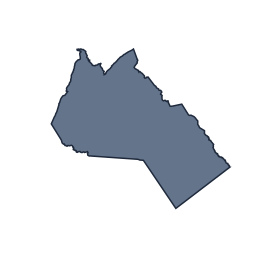 the district of Kitui East, Eastern, Kenya, rotated 56°
{"feature_id": "3690345B42600282373755", "entity_name": "Kitui East", "entity_type": "district", "adm_level": 2, "iso_a3": "KEN", "parent_name": "Kenya", "parent_adm1": "Eastern", "projection": "albers", "projection_center": [38.352, -1.41], "detail": "fine", "context": "isolated", "style": "filled", "palette": "slate", "viewbox_px": 256, "rotation_deg": 56, "n_neighbors": 0, "source": "geoboundaries", "source_scale": "gbopen_adm2", "svg_char_len": 5639}
<svg xmlns="http://www.w3.org/2000/svg" viewBox="0 0 256 256"><g transform="rotate(56 128 128)"><path d="M217.4,65.5L217.2,65.7L216.7,65.4L216.3,65.5L216.0,65.1L215.2,65.4L215.0,65.2L214.7,65.4L214.3,65.5L214.0,65.5L213.7,65.2L213.2,65.1L212.6,65.6L212.4,65.9L211.8,66.1L211.5,66.2L210.7,65.8L210.4,65.9L210.0,65.8L209.9,65.8L209.4,65.4L209.2,65.4L209.0,65.8L208.7,65.6L208.5,65.9L207.9,66.0L207.6,65.9L207.3,66.0L207.0,66.0L206.9,66.2L206.7,66.3L206.0,66.2L205.6,66.5L205.6,66.3L205.4,66.2L205.1,66.5L204.9,66.8L204.4,66.8L204.3,67.2L204.1,67.2L203.6,67.9L203.4,68.0L203.2,67.9L202.9,68.1L202.9,68.4L202.4,68.7L202.2,68.3L201.7,68.4L201.4,68.7L201.0,68.6L200.5,68.6L199.9,68.2L199.6,68.2L199.2,68.2L199.1,68.3L199.2,68.5L199.1,68.8L198.9,68.8L198.7,69.0L198.1,69.0L197.5,68.9L196.8,69.3L196.3,69.2L195.9,68.8L195.4,69.0L195.1,68.8L194.4,68.8L194.3,68.7L194.0,68.8L193.5,68.7L193.1,68.8L192.3,68.4L191.8,68.5L191.2,67.6L190.1,67.1L189.5,66.2L189.0,66.2L188.3,66.4L187.2,66.4L186.4,66.6L185.8,66.5L185.5,66.6L185.2,66.5L184.4,66.5L184.0,67.0L183.7,67.1L183.5,67.4L182.9,67.6L182.6,67.4L182.7,67.0L182.0,66.7L180.9,66.8L180.8,66.3L180.6,66.3L179.8,66.5L179.5,66.8L179.0,66.7L177.8,67.4L177.2,67.5L176.9,67.7L176.5,67.6L175.7,67.7L175.1,67.7L174.7,67.4L174.3,66.9L174.0,66.8L173.3,66.2L173.0,66.1L167.7,68.5L165.4,68.1L164.1,68.2L161.3,66.3L160.9,66.2L159.3,66.5L157.6,66.5L155.9,66.8L154.9,67.2L154.4,67.6L152.6,68.6L152.1,69.7L151.6,70.2L151.0,70.5L138.3,70.1L134.4,79.7L134.1,79.9L133.9,80.4L133.4,80.9L133.1,81.0L132.2,80.7L131.9,80.7L131.1,80.5L130.7,80.6L130.2,80.4L129.9,80.4L129.4,80.2L129.0,80.0L128.6,80.0L128.0,79.6L127.8,79.7L127.6,80.3L127.9,80.9L127.2,81.2L126.9,81.5L126.1,81.5L125.6,82.1L125.5,82.4L125.5,82.9L125.3,83.4L124.6,83.8L124.2,83.8L123.8,83.7L123.1,83.7L122.0,82.9L121.1,82.6L121.0,82.3L120.6,82.1L120.3,81.6L119.5,81.6L119.1,81.7L118.4,82.2L117.9,81.8L117.6,81.2L117.3,80.1L116.4,79.7L116.0,79.8L115.0,79.9L114.2,81.1L113.5,81.1L112.8,80.8L111.0,81.7L110.3,81.8L109.2,81.6L108.6,81.7L108.0,82.1L107.1,82.3L96.9,82.9L96.6,84.0L96.3,84.2L96.6,85.3L96.3,85.6L96.2,86.1L95.4,86.2L95.1,86.2L94.8,85.8L94.5,85.6L94.3,85.3L93.3,85.3L92.6,85.5L92.0,85.5L90.8,85.7L90.3,85.8L89.5,86.3L89.0,86.3L87.8,86.6L87.4,87.1L87.3,87.3L87.6,87.7L87.4,87.7L86.7,87.5L86.3,87.5L86.0,87.2L85.3,87.7L83.6,88.4L83.3,88.8L81.5,89.1L81.1,89.0L81.0,88.5L80.4,87.9L80.3,87.1L80.0,86.6L79.8,85.7L79.5,85.3L79.5,84.9L79.4,84.3L79.0,83.8L78.3,83.6L77.5,82.2L77.1,82.0L76.9,82.0L76.4,81.8L76.2,81.8L76.1,82.0L75.6,81.8L65.6,79.3L65.6,81.4L65.0,85.7L65.1,86.8L64.9,87.4L65.1,88.8L64.8,90.2L65.0,91.1L64.9,91.4L65.2,92.3L65.0,93.7L65.0,95.1L65.4,96.5L65.6,98.1L66.1,99.1L66.1,99.7L66.5,101.0L66.5,101.6L66.8,102.8L66.6,103.3L67.1,104.7L67.4,106.9L67.9,107.0L68.1,107.2L68.3,108.5L68.6,109.0L68.8,110.0L69.0,112.7L69.3,114.1L69.5,114.5L69.7,114.8L69.9,115.5L70.5,115.9L70.4,116.3L70.6,116.6L70.6,117.2L70.4,117.5L70.4,117.9L69.7,117.5L68.8,117.5L68.0,116.7L67.7,116.1L67.0,116.4L65.8,116.6L65.6,116.6L65.2,116.3L64.0,116.0L63.3,116.3L63.0,116.3L61.3,116.3L60.6,116.1L60.3,115.7L59.8,115.3L59.6,114.5L59.2,114.5L58.9,115.8L58.6,116.5L58.3,116.8L58.6,117.3L58.6,118.1L58.2,119.1L58.0,119.7L57.8,119.9L58.0,120.5L57.9,120.7L57.5,121.0L57.3,121.3L57.1,121.4L56.7,121.8L56.6,122.0L56.2,122.5L55.7,122.3L54.5,122.3L54.2,122.2L53.0,122.6L52.1,122.7L51.5,122.6L51.3,123.0L50.7,123.0L50.9,122.7L50.4,122.6L50.2,122.5L50.2,122.3L49.9,122.6L49.7,122.3L49.1,122.8L48.8,122.7L48.0,122.1L47.4,122.5L46.6,122.7L46.3,122.7L45.2,121.4L44.1,121.4L43.7,121.2L43.2,121.1L42.6,121.3L42.4,121.2L41.7,120.9L41.2,120.3L40.8,120.2L37.8,121.3L37.5,121.9L37.1,122.3L36.3,122.7L36.0,123.1L36.1,123.7L36.0,123.9L35.3,124.4L34.6,125.3L34.6,125.7L35.2,126.1L35.1,126.3L34.7,126.5L34.9,126.6L35.0,126.6L35.4,126.5L36.4,125.4L37.3,124.9L38.1,124.2L38.6,124.5L38.7,125.6L39.3,126.4L40.8,127.2L42.1,127.7L43.9,128.8L44.1,129.2L44.1,130.3L43.7,131.1L43.6,131.8L43.9,132.4L43.9,133.4L44.5,135.1L45.1,136.1L46.3,137.1L46.8,137.8L47.9,138.8L48.4,139.1L49.2,140.5L49.8,140.8L50.3,141.9L51.1,142.6L51.2,143.3L51.8,144.0L52.2,144.9L52.7,145.6L54.6,146.9L55.2,147.7L55.6,148.0L55.8,148.4L56.5,148.9L57.1,149.3L58.1,151.6L59.1,152.5L59.2,153.1L59.4,153.5L59.7,154.7L60.5,156.5L61.1,157.1L62.4,157.6L62.7,158.5L62.9,158.6L63.5,158.4L64.1,157.8L64.6,159.0L64.9,160.2L65.4,161.3L65.5,162.3L65.0,163.8L65.0,164.2L65.3,165.0L65.5,165.7L66.0,166.9L66.9,168.3L67.2,168.6L68.7,170.5L69.2,171.7L70.2,172.4L74.7,177.9L75.9,180.1L76.7,181.0L77.3,182.0L77.6,182.8L81.7,189.3L100.7,190.0L103.4,190.9L103.8,190.8L104.0,190.9L105.3,190.5L105.6,190.3L105.6,189.9L106.2,189.7L106.4,189.9L106.7,190.0L107.3,190.0L107.6,189.6L109.0,188.7L109.0,188.3L108.8,188.0L109.0,187.4L109.5,187.0L109.7,186.9L110.0,186.3L110.2,186.2L110.4,185.1L110.7,184.5L111.6,184.1L112.1,184.1L112.3,184.2L112.8,184.0L113.1,184.0L113.4,184.4L113.6,184.2L114.0,184.1L114.9,184.6L115.0,184.8L114.9,185.2L115.2,185.4L115.5,185.4L115.6,185.2L116.4,184.6L116.8,184.6L117.0,184.2L117.3,184.2L117.5,184.1L117.4,183.9L117.7,183.8L118.0,183.6L118.5,183.8L118.8,184.2L119.2,184.2L119.4,183.8L119.8,183.5L119.7,183.3L119.9,183.0L119.8,182.5L120.4,181.6L120.4,181.2L120.5,181.0L120.8,180.8L121.2,180.9L121.8,180.7L122.2,180.2L122.6,180.0L122.7,179.8L122.7,179.4L122.9,178.7L122.8,178.4L123.4,177.8L124.1,177.6L124.2,177.1L124.4,176.6L124.7,175.8L124.9,174.8L125.0,174.8L125.4,174.9L125.7,174.9L126.2,175.0L126.3,175.2L126.3,175.5L126.7,176.0L127.5,176.2L127.9,176.5L128.1,176.5L128.9,176.2L129.6,175.7L130.0,175.0L159.4,137.4L160.5,136.5L161.0,136.3L163.4,133.3L221.4,133.3L217.4,65.5Z" fill="#64748b" stroke="#1e293b" stroke-width="1.5"/></g></svg>